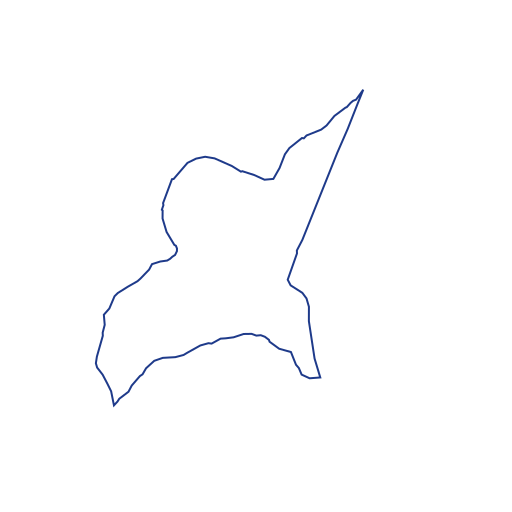 Antigua Guatemala, Sacatepéquez, Guatemala, rotated 206°
{"feature_id": "79465075B72939253081387", "entity_name": "Antigua Guatemala", "entity_type": "district", "adm_level": 2, "iso_a3": "GTM", "parent_name": "Guatemala", "parent_adm1": "Sacatepéquez", "projection": "robinson", "projection_center": [-90.724, 14.538], "detail": "fine", "context": "isolated", "style": "outline", "palette": "blue", "viewbox_px": 512, "rotation_deg": 206, "n_neighbors": 0, "source": "geoboundaries", "source_scale": "gbopen_adm2", "svg_char_len": 1461}
<svg xmlns="http://www.w3.org/2000/svg" viewBox="0 0 512 512"><g transform="rotate(206 256 256)"><path d="M367.0,136.5L361.8,127.8L360.2,119.9L358.7,117.1L354.9,95.8L352.9,89.4L349.9,86.1L341.8,82.1L333.5,76.0L326.9,70.9L318.2,59.5L316.7,64.4L316.3,67.8L311.1,78.1L310.9,85.1L307.7,97.2L306.1,99.9L305.6,106.9L301.5,117.2L295.1,123.6L284.2,129.7L277.7,135.3L275.5,138.7L266.8,151.2L260.5,156.8L257.5,157.8L251.6,166.2L247.2,168.7L240.5,173.1L232.9,180.5L225.8,184.1L220.8,184.6L217.0,186.9L212.6,187.3L207.6,186.3L206.2,184.9L194.5,182.8L182.5,185.0L172.4,175.8L168.4,174.1L163.0,169.4L154.2,169.6L145.0,175.0L158.4,189.5L179.9,220.6L186.2,233.6L192.0,240.0L198.2,243.2L212.0,244.8L217.1,248.6L220.3,276.3L221.7,278.9L221.4,290.8L228.2,384.4L229.3,410.4L231.4,437.0L232.5,452.5L234.6,440.4L236.8,438.0L238.1,435.1L239.2,431.2L239.7,429.5L240.6,428.6L246.9,416.3L249.8,404.2L252.8,398.2L263.4,386.5L264.6,382.7L266.4,382.2L273.3,367.7L274.6,360.1L273.4,345.4L274.2,332.9L281.8,328.3L293.1,328.0L305.5,326.2L306.5,325.2L317.1,326.3L336.0,325.6L345.2,322.9L352.5,317.3L358.4,309.7L363.8,289.1L365.2,288.2L362.7,262.8L361.5,261.1L360.9,256.3L359.9,256.0L356.4,248.7L346.9,238.4L334.3,230.2L332.5,230.1L330.3,228.1L329.2,225.7L329.2,221.5L330.9,218.6L332.0,215.8L333.8,213.0L339.6,209.1L345.9,203.1L346.1,196.9L348.0,191.1L349.9,185.2L351.4,181.5L357.8,172.1L364.0,162.1L365.5,157.8L364.8,144.5L367.0,136.5Z" fill="none" stroke="#1e3a8a" stroke-width="2"/></g></svg>